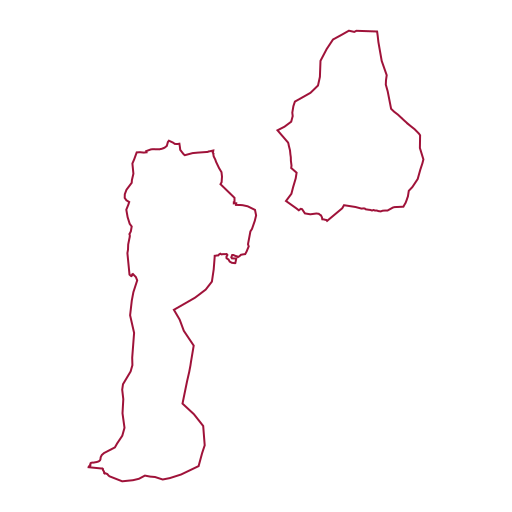 the district of Gusau, Zamfara, Nigeria
{"feature_id": "59680162B80813578140782", "entity_name": "Gusau", "entity_type": "district", "adm_level": 2, "iso_a3": "NGA", "parent_name": "Nigeria", "parent_adm1": "Zamfara", "projection": "orthographic", "projection_center": [6.754, 11.999], "detail": "fine", "context": "isolated", "style": "outline", "palette": "rose", "viewbox_px": 512, "rotation_deg": 0, "n_neighbors": 0, "source": "geoboundaries", "source_scale": "gbopen_adm2", "svg_char_len": 4229}
<svg xmlns="http://www.w3.org/2000/svg" viewBox="0 0 512 512"><path d="M88.6,467.2L101.5,468.5L102.2,468.4L102.8,468.8L103.0,469.1L102.9,469.5L102.9,469.9L103.1,470.2L103.3,470.6L103.5,470.9L103.8,471.2L104.0,471.6L104.1,472.2L104.1,472.8L104.2,473.2L104.4,473.3L104.6,473.5L104.9,473.3L105.3,473.2L105.7,473.3L106.0,473.6L106.5,473.8L107.1,473.9L107.5,474.2L108.4,475.4L109.5,476.3L122.2,481.3L133.0,480.2L138.9,478.8L144.9,475.6L150.2,476.6L155.0,477.0L162.7,479.5L169.8,478.1L181.1,474.5L198.6,466.1L202.1,453.2L204.7,445.3L203.2,426.0L193.9,414.2L182.5,403.6L187.1,381.1L189.2,372.0L190.4,365.7L191.0,361.7L193.7,345.6L183.8,330.8L181.0,323.2L179.6,319.5L173.9,309.8L195.0,297.7L205.7,289.6L211.9,281.6L213.7,269.4L214.6,257.9L214.7,255.8L215.7,255.7L215.9,255.7L216.6,255.5L218.3,255.4L218.9,254.6L220.3,253.7L221.5,254.4L223.1,254.1L225.9,254.1L226.6,254.0L227.4,255.0L226.4,256.9L226.6,258.3L228.5,259.5L229.7,261.6L231.9,262.8L235.1,263.2L235.3,263.1L236.3,258.5L232.0,258.4L231.3,257.3L232.2,255.0L233.3,255.0L235.6,256.0L237.0,256.3L238.1,257.0L239.7,256.0L240.9,254.8L242.9,254.4L245.2,254.1L246.6,251.5L248.7,246.4L248.0,244.2L250.4,231.4L252.0,228.9L254.8,220.8L256.1,215.4L255.0,209.9L247.7,206.3L242.7,205.2L240.2,205.0L239.1,205.0L236.0,204.9L236.2,203.3L233.8,203.4L233.8,202.2L234.5,202.0L234.5,201.0L234.5,197.8L220.5,184.2L221.6,182.2L222.0,176.7L221.5,172.2L219.0,168.0L216.0,161.7L215.3,159.6L213.7,156.4L213.3,154.1L213.5,153.7L213.3,153.4L212.7,152.6L212.8,152.3L213.1,151.8L213.3,150.5L209.3,151.4L208.8,151.4L208.5,151.5L208.3,151.7L207.9,151.8L207.2,152.0L206.5,152.0L198.0,152.6L192.6,153.1L184.8,155.2L183.7,154.3L182.8,153.2L181.4,151.4L180.2,149.8L180.0,147.8L179.4,143.7L177.6,144.0L176.5,144.0L174.8,143.9L173.0,142.6L168.9,140.7L167.9,142.0L167.4,143.8L166.8,145.9L166.2,146.4L164.7,147.6L164.3,147.8L164.0,148.0L163.6,148.2L163.3,148.1L163.1,148.3L162.9,148.4L162.4,148.6L161.0,149.0L160.4,149.0L160.2,149.1L159.6,149.3L152.6,149.2L150.9,149.4L146.2,151.1L146.5,152.3L143.8,152.6L140.0,152.2L136.7,152.4L134.2,159.3L132.4,163.5L133.4,173.7L132.3,178.4L131.9,180.1L131.7,182.8L126.5,189.7L124.8,194.2L124.7,197.9L126.4,200.3L129.2,202.0L128.4,204.5L126.3,209.7L127.6,217.1L129.7,223.8L131.7,226.5L130.8,231.5L130.2,232.6L130.1,232.9L129.4,234.1L129.8,235.1L129.8,235.8L129.7,236.5L129.8,236.7L129.5,237.9L128.2,244.4L128.0,249.7L127.4,253.1L129.5,274.6L130.5,275.5L131.2,276.1L131.5,276.1L131.6,275.9L131.9,275.4L132.2,275.2L132.3,274.9L132.2,274.4L132.9,274.0L135.9,277.1L137.2,280.4L133.4,292.1L131.8,300.5L130.1,315.3L134.1,332.9L132.2,357.7L132.4,365.2L130.6,371.5L123.0,384.2L122.2,389.7L123.3,399.2L122.5,413.3L124.5,427.8L122.3,435.7L117.1,443.5L114.9,447.4L104.1,453.0L101.8,455.0L100.7,457.2L100.4,459.4L100.0,460.3L99.0,461.2L98.1,461.6L96.4,462.1L95.0,462.3L93.7,462.6L92.2,462.6L91.0,462.9L90.6,463.2L90.5,463.7L90.5,464.0L90.2,464.3L90.1,464.7L90.4,465.3L90.3,465.6L90.2,465.9L89.9,466.3L89.1,466.2L88.7,466.7L88.6,467.2ZM377.1,31.5L356.4,30.8L354.3,31.9L348.9,30.7L342.0,34.6L333.0,39.5L326.7,49.0L320.5,60.8L319.9,76.9L318.0,85.5L310.5,92.8L294.9,101.6L293.4,106.1L292.3,112.6L292.7,116.1L291.2,121.7L284.5,126.7L277.5,130.3L288.1,142.6L288.5,144.0L288.8,145.6L290.0,150.4L290.4,154.4L290.8,157.2L290.9,160.8L291.5,165.6L291.2,168.0L296.6,172.7L295.7,178.4L293.1,187.2L291.4,193.8L286.0,201.0L296.4,208.4L298.8,210.3L300.8,208.8L302.1,209.2L304.9,213.4L310.3,214.3L316.4,213.5L318.8,213.8L319.7,214.6L320.6,215.1L321.1,215.5L321.4,216.3L322.0,217.4L322.1,218.3L322.3,219.3L323.8,219.4L325.2,219.8L326.4,220.0L327.1,220.9L342.2,208.3L344.0,205.2L355.5,207.0L361.5,208.6L363.5,208.4L364.7,208.5L365.7,209.3L369.0,209.8L370.2,209.9L372.0,210.5L373.6,210.0L374.8,210.5L376.7,210.5L378.4,211.1L380.7,211.4L382.7,210.7L385.5,210.5L387.6,210.5L393.0,207.5L394.6,207.1L403.4,206.7L404.3,205.0L405.6,202.8L406.7,199.9L407.5,197.5L407.9,196.5L408.8,190.8L412.4,187.0L417.7,179.0L420.3,169.7L422.4,163.3L423.4,159.4L419.9,148.0L420.1,135.3L419.0,133.7L414.6,129.2L408.9,124.7L409.0,124.7L407.0,123.0L404.1,120.4L397.9,114.6L394.1,111.7L391.1,108.8L387.7,91.4L385.8,84.6L386.0,80.2L386.7,75.2L381.7,60.9L378.4,42.1L377.7,35.9L377.1,31.5Z" fill="none" stroke="#9f1239" stroke-width="2"/></svg>